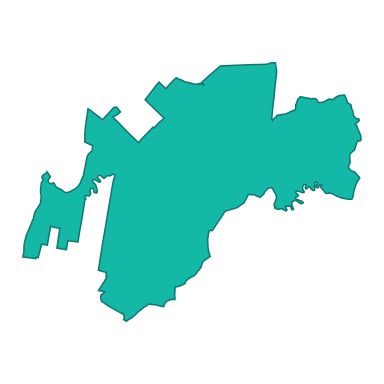 Turulung, Satu Mare, Romania (orthographic projection)
{"feature_id": "2599482B56288679911184", "entity_name": "Turulung", "entity_type": "district", "adm_level": 2, "iso_a3": "ROU", "parent_name": "Romania", "parent_adm1": "Satu Mare", "projection": "orthographic", "projection_center": [23.099, 47.923], "detail": "fine", "context": "isolated", "style": "filled", "palette": "teal", "viewbox_px": 384, "rotation_deg": 0, "n_neighbors": 0, "source": "geoboundaries", "source_scale": "gbopen_adm2", "svg_char_len": 5964}
<svg xmlns="http://www.w3.org/2000/svg" viewBox="0 0 384 384"><path d="M123.6,319.6L126.5,321.3L126.7,320.8L131.3,318.1L133.8,316.2L138.8,311.3L141.8,309.2L143.7,307.3L145.0,306.8L147.7,304.9L148.2,304.2L149.1,304.0L151.8,304.5L156.2,304.9L160.8,306.2L163.7,306.7L165.3,302.6L167.6,300.7L169.4,300.3L169.5,299.8L169.9,299.6L175.0,299.4L174.7,294.1L175.2,287.2L179.4,286.2L185.1,283.6L185.4,281.6L188.8,278.6L192.4,276.5L193.5,276.1L195.3,274.7L196.9,272.6L197.9,270.7L199.1,270.1L201.0,267.2L202.6,262.3L202.9,261.7L203.7,261.0L210.3,256.4L209.9,255.6L208.3,250.1L207.8,244.2L207.7,238.5L208.1,236.6L208.3,234.1L209.3,231.0L209.2,230.4L209.6,230.2L211.5,230.7L212.4,230.5L225.2,211.2L237.3,207.6L244.1,202.7L246.3,198.8L248.3,194.6L249.7,194.3L250.3,194.7L251.7,194.9L253.5,194.5L254.4,194.8L256.5,196.0L257.8,196.3L258.9,196.9L260.4,197.2L261.1,196.7L261.7,195.5L263.5,194.5L264.0,193.8L264.2,192.9L265.5,190.9L268.8,187.9L271.6,187.7L272.9,189.1L273.3,190.2L276.2,195.1L276.5,198.4L275.2,201.7L274.2,203.7L274.1,204.7L274.3,205.8L274.9,208.1L275.5,207.6L276.4,208.9L277.6,209.3L279.2,209.2L280.6,208.7L282.1,208.7L282.8,209.1L283.2,209.7L285.0,210.2L285.6,211.0L287.0,210.1L286.0,208.1L285.8,207.3L285.4,206.4L289.7,206.1L290.6,206.5L291.5,209.3L292.0,209.7L293.1,209.7L293.4,209.4L293.3,208.7L292.8,207.2L292.2,206.1L291.8,204.6L291.8,203.3L292.0,202.3L292.4,201.6L294.9,200.4L295.8,200.3L296.6,200.7L298.9,202.7L300.2,203.5L301.2,203.7L302.6,203.4L303.1,202.9L303.1,202.2L302.0,201.5L301.7,201.1L296.3,199.2L295.6,198.5L295.5,198.2L295.7,197.3L297.8,196.3L298.3,195.7L298.4,195.1L297.7,194.4L296.8,193.9L296.1,193.2L295.8,192.1L295.8,191.5L296.0,191.2L297.2,191.0L299.5,191.5L302.5,192.8L303.4,192.6L303.8,192.1L304.1,192.3L304.3,191.9L302.9,189.7L302.6,188.6L302.8,186.1L303.8,184.7L305.5,184.3L306.1,184.9L306.1,185.3L305.5,186.5L305.3,187.8L305.7,188.7L305.9,188.9L306.2,189.0L306.8,188.7L308.4,186.9L309.3,186.7L309.9,186.9L310.3,187.9L311.0,188.9L312.7,190.3L313.8,190.5L314.5,190.1L314.9,189.0L314.6,188.0L314.6,186.0L315.0,184.8L314.9,183.1L315.1,182.6L315.9,182.0L316.9,182.0L317.4,182.3L317.4,183.2L317.2,183.9L315.9,186.3L316.1,186.8L317.3,187.8L318.1,187.7L318.5,187.5L319.0,185.7L319.5,184.8L319.9,184.5L321.2,184.5L321.6,184.7L321.8,184.8L321.8,185.4L320.7,186.2L320.5,186.9L322.4,189.4L323.3,190.1L325.7,193.3L327.1,193.5L328.9,192.9L329.3,193.4L330.2,192.8L335.3,195.2L336.0,195.8L339.6,197.1L341.2,198.0L348.0,199.2L351.7,199.3L352.5,198.2L352.7,197.0L353.2,195.6L353.5,194.0L353.5,192.7L354.2,190.3L354.2,189.6L354.8,188.4L355.7,185.2L356.4,183.8L356.6,182.7L357.3,181.9L358.3,180.2L359.7,178.2L359.6,177.6L359.2,177.0L357.2,175.0L355.4,172.7L354.6,172.0L350.8,170.6L348.6,167.6L348.5,166.7L350.2,162.2L349.6,155.1L351.0,152.8L354.4,150.1L356.3,144.5L356.5,143.1L356.8,142.5L357.8,141.2L360.5,140.8L361.0,139.3L360.8,136.0L360.2,134.0L359.3,132.8L358.8,130.8L357.8,128.9L357.4,127.8L357.4,126.8L357.1,126.2L355.3,124.4L359.3,120.5L358.8,118.9L357.1,118.7L356.0,118.3L354.2,116.5L353.3,114.6L352.7,110.6L351.7,109.1L351.5,108.2L351.1,105.1L349.6,103.8L347.5,103.2L347.4,103.0L347.8,102.8L344.7,95.1L341.5,95.3L338.9,95.7L336.6,96.7L334.3,98.3L333.3,99.2L332.7,100.2L331.5,99.3L328.6,99.1L324.4,101.7L323.1,102.0L322.0,102.5L318.0,102.4L317.6,101.7L317.5,101.0L317.2,100.1L316.7,99.4L314.5,98.5L313.8,98.4L313.0,98.8L312.6,98.5L311.5,99.0L308.9,98.3L307.0,98.1L301.8,96.9L300.0,96.8L299.2,98.1L298.0,99.0L297.7,99.6L296.6,103.2L295.7,104.9L295.6,105.7L295.7,107.7L295.3,109.7L295.1,110.0L292.7,110.7L289.6,112.1L288.9,112.6L285.6,114.0L277.4,115.2L276.8,115.6L276.8,116.4L273.8,118.6L272.4,120.7L271.7,119.0L272.8,107.5L274.1,97.0L274.4,92.0L276.7,71.7L275.6,64.6L275.5,62.8L273.3,62.7L270.3,63.0L268.0,64.0L265.8,64.3L249.8,64.7L220.6,65.9L219.0,67.1L207.9,76.7L201.1,83.0L202.9,83.8L204.5,85.2L198.4,83.4L198.2,84.4L195.3,84.1L192.7,83.8L191.1,83.2L187.1,82.2L185.0,82.0L182.3,80.3L177.8,78.7L176.2,77.7L173.0,80.7L165.7,88.6L159.0,82.1L156.7,84.7L145.1,99.8L164.0,118.1L160.6,121.5L159.9,121.6L153.8,128.1L152.9,127.2L141.6,139.0L138.5,142.7L129.5,134.0L112.8,116.9L117.1,114.8L120.5,111.9L116.6,107.1L113.9,107.4L102.6,119.7L89.3,109.5L88.0,108.8L85.6,125.6L84.9,133.7L84.8,142.1L92.8,145.7L91.9,150.9L88.7,153.8L87.2,156.3L83.3,175.9L81.8,179.0L80.5,182.5L79.5,184.3L77.6,186.6L76.0,188.2L74.9,189.0L69.1,192.1L66.1,192.5L64.8,192.3L63.7,191.6L62.1,190.1L60.7,189.3L56.9,187.6L55.3,185.8L54.1,183.1L53.7,182.9L53.0,182.9L51.6,183.7L50.2,183.6L48.2,181.9L48.1,180.7L48.6,178.9L50.0,177.7L50.3,176.9L50.1,176.0L49.0,175.0L48.3,173.5L47.0,172.0L47.0,172.4L43.3,174.9L42.2,176.1L41.9,177.5L43.3,179.6L41.2,183.2L41.2,185.0L40.8,186.5L40.6,188.1L40.5,192.5L41.2,196.3L40.4,203.5L34.8,212.2L33.4,218.5L26.0,236.3L24.1,244.5L23.8,253.5L23.1,254.4L23.2,256.8L23.0,257.0L36.0,258.6L36.6,257.1L38.2,257.6L41.7,244.1L47.3,245.2L50.6,226.5L59.8,228.5L56.9,248.1L66.4,249.7L67.8,240.7L78.0,242.0L80.2,227.9L81.9,219.0L85.0,199.1L85.8,199.3L85.9,199.1L85.8,198.3L85.2,198.0L84.9,197.3L84.9,196.7L85.0,196.2L86.4,195.6L88.5,196.0L89.3,195.9L89.9,195.5L90.6,193.5L90.6,192.8L90.0,190.9L90.0,190.3L90.2,189.4L90.8,188.5L91.2,188.2L92.7,188.5L93.1,188.9L93.7,190.3L93.8,191.7L94.2,192.5L96.2,193.0L97.2,192.3L97.1,190.0L96.3,186.7L95.4,184.4L93.2,182.3L92.9,181.7L92.5,180.9L92.7,180.2L93.2,179.7L94.2,179.5L96.6,180.6L98.9,182.1L99.8,182.1L100.5,181.8L100.5,181.3L100.2,180.6L99.7,179.8L97.5,177.7L97.5,176.8L98.4,175.6L99.7,175.2L101.2,176.0L103.6,178.3L104.1,178.3L104.9,177.8L106.1,176.5L106.8,176.0L108.3,175.7L110.1,175.9L112.6,174.4L114.1,174.5L114.7,175.1L114.9,175.6L114.9,176.4L113.9,178.4L112.9,182.8L102.3,245.3L98.4,270.3L106.3,272.5L106.2,276.9L106.9,277.1L98.5,290.6L104.8,291.7L103.7,292.9L101.2,294.8L100.9,295.2L100.7,297.1L100.9,298.8L101.3,300.6L101.8,300.9L101.7,301.4L108.8,306.2L119.0,312.0L122.2,313.8L122.9,313.2L123.1,313.4L123.8,315.0L124.3,317.6L124.2,318.7L123.6,319.6Z" fill="#14b8a6" stroke="#0f766e" stroke-width="1.5"/></svg>